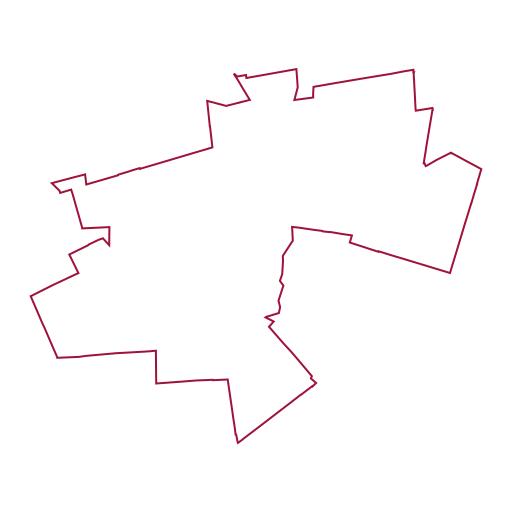 outline of Traian, Braila, Romania
{"feature_id": "2599482B34558550347077", "entity_name": "Traian", "entity_type": "district", "adm_level": 2, "iso_a3": "ROU", "parent_name": "Romania", "parent_adm1": "Braila", "projection": "orthographic", "projection_center": [27.706, 45.134], "detail": "fine", "context": "isolated", "style": "outline", "palette": "rose", "viewbox_px": 512, "rotation_deg": 0, "n_neighbors": 0, "source": "geoboundaries", "source_scale": "gbopen_adm2", "svg_char_len": 2681}
<svg xmlns="http://www.w3.org/2000/svg" viewBox="0 0 512 512"><path d="M461.0,236.7L464.9,223.7L466.3,219.3L466.7,218.0L467.5,215.4L469.2,209.8L470.1,206.9L471.2,203.3L471.3,203.4L474.2,193.5L477.1,184.2L476.9,184.1L477.9,180.6L481.0,170.1L481.3,169.1L476.5,166.5L464.5,160.1L463.5,159.5L451.5,153.0L451.2,153.2L450.9,152.7L439.2,158.6L436.3,160.1L430.8,163.3L426.5,165.8L425.7,166.1L424.5,163.2L423.7,163.3L425.6,151.5L426.7,144.3L429.2,129.2L431.6,115.0L432.4,110.2L432.7,110.1L432.7,109.6L432.6,108.4L432.5,108.0L427.6,108.8L415.8,110.7L415.5,108.1L414.9,96.0L414.2,83.3L414.1,80.7L413.9,78.0L413.8,76.3L413.7,72.9L413.9,72.4L413.4,72.5L413.3,70.9L413.4,70.5L413.4,69.8L404.7,71.2L391.2,73.8L364.9,78.1L336.9,82.8L323.2,85.2L316.0,86.4L313.5,86.9L313.1,94.6L313.2,97.5L294.4,100.0L297.7,87.4L297.3,81.5L296.4,69.1L268.4,74.1L254.8,76.5L246.4,78.0L246.0,75.0L239.8,76.1L239.5,76.2L238.6,76.3L237.2,76.4L235.3,74.8L234.6,74.1L234.2,74.4L236.6,78.1L237.7,79.8L239.5,82.8L243.1,88.9L247.9,96.8L249.5,99.5L249.8,99.9L226.2,105.9L216.7,103.4L207.2,100.9L209.8,126.2L210.0,126.2L212.4,147.4L148.3,166.4L139.8,168.9L139.6,168.1L130.0,171.0L129.5,171.3L119.4,174.3L118.1,174.8L118.0,175.1L118.0,175.3L86.3,184.5L85.1,174.4L73.5,177.4L66.0,179.4L54.6,182.4L51.8,183.2L52.5,183.8L56.4,187.7L59.5,190.7L60.2,192.9L71.2,189.6L71.6,191.0L72.6,194.0L82.2,227.8L82.2,228.4L109.4,227.1L109.2,245.2L102.9,238.3L98.6,239.8L88.8,244.5L88.2,245.2L69.3,254.5L78.4,273.1L72.3,275.9L64.1,279.8L54.0,284.5L43.4,289.8L30.7,296.2L37.3,311.5L42.5,323.6L44.6,328.0L50.3,341.3L57.3,357.4L57.3,357.8L78.7,356.9L85.7,355.9L111.8,353.6L114.3,353.4L114.5,353.3L143.1,351.7L149.5,351.3L155.9,350.7L156.2,383.5L183.4,381.5L195.8,380.5L212.8,379.8L213.0,380.2L227.7,379.5L231.6,406.3L232.1,409.8L233.5,419.6L234.1,423.2L235.0,429.5L235.1,430.4L235.6,434.6L236.2,434.7L237.6,441.9L237.8,442.4L238.0,442.9L242.0,439.9L243.2,438.9L257.1,428.3L286.7,405.6L297.7,397.1L300.6,394.8L300.8,394.9L306.7,390.4L307.7,389.7L312.2,386.2L312.4,386.5L313.8,385.2L315.4,383.7L316.1,383.0L310.9,378.4L311.3,377.4L311.9,376.2L299.1,361.0L294.1,355.1L291.3,351.9L284.1,344.1L269.0,326.8L273.7,321.5L265.5,317.4L266.6,316.7L266.9,316.7L267.1,316.6L278.9,313.0L280.1,307.1L278.5,300.6L283.4,285.6L279.9,280.9L282.2,274.2L283.0,261.2L282.8,255.9L292.8,240.6L292.1,226.9L298.5,227.6L314.3,229.9L322.3,230.9L322.8,231.4L329.8,232.1L330.3,232.0L342.2,234.0L351.9,235.4L349.8,242.5L378.4,251.8L378.6,251.3L378.9,251.4L381.3,252.1L389.9,254.8L394.2,256.1L409.9,260.8L416.1,262.7L428.3,266.4L436.2,268.8L443.4,271.0L450.0,273.0L450.5,271.4L452.2,265.7L458.9,243.7L460.4,238.6L461.0,236.7Z" fill="none" stroke="#9f1239" stroke-width="2"/></svg>